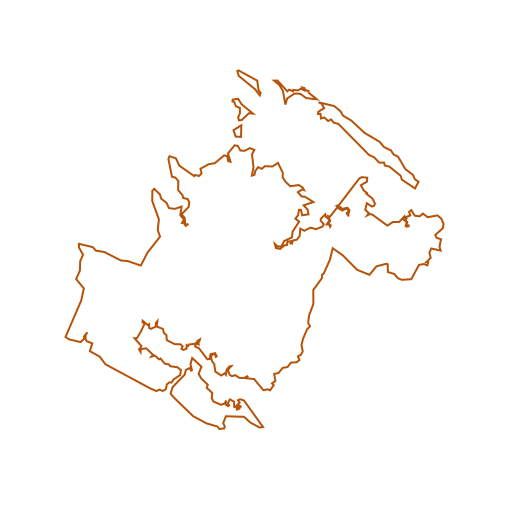 outline of Wete, Kaskazini-Pemba, United Republic of Tanzania, rotated 113°
{"feature_id": "72390352B34611789685005", "entity_name": "Wete", "entity_type": "district", "adm_level": 2, "iso_a3": "TZA", "parent_name": "United Republic of Tanzania", "parent_adm1": "Kaskazini-Pemba", "projection": "orthographic", "projection_center": [39.725, -5.092], "detail": "fine", "context": "isolated", "style": "outline", "palette": "amber", "viewbox_px": 512, "rotation_deg": 113, "n_neighbors": 0, "source": "geoboundaries", "source_scale": "gbopen_adm2", "svg_char_len": 6122}
<svg xmlns="http://www.w3.org/2000/svg" viewBox="0 0 512 512"><g transform="rotate(113 256 256)"><path d="M200.5,102.5L197.8,98.3L197.7,94.6L194.5,95.0L195.1,96.8L189.4,94.5L185.1,97.7L180.6,97.6L178.9,88.2L175.5,90.8L168.3,92.2L168.7,97.0L166.6,99.2L157.2,94.8L153.2,95.9L149.3,99.9L147.7,104.7L153.2,113.2L151.7,118.9L155.5,120.8L156.9,125.6L153.1,131.0L155.7,132.3L158.4,129.8L161.5,133.2L162.7,132.1L164.3,133.0L165.8,129.9L169.6,129.6L168.2,127.5L169.9,126.7L168.7,127.3L170.1,128.6L169.7,130.0L166.2,130.3L164.8,134.2L163.0,132.6L161.4,134.8L168.7,137.5L171.3,143.3L176.7,146.9L172.5,164.8L172.8,167.5L175.2,169.5L172.4,169.0L170.8,173.5L164.1,174.6L165.2,168.6L163.6,166.9L161.3,167.0L157.6,171.2L155.6,178.8L154.6,178.5L153.6,182.5L149.9,187.1L144.1,182.9L140.5,184.2L142.0,189.3L144.2,191.2L176.1,199.4L178.3,201.2L178.2,196.7L179.6,196.0L175.9,190.7L177.4,187.8L180.8,187.4L181.0,188.7L183.3,186.0L181.6,188.8L178.0,188.3L176.7,191.2L180.4,194.2L179.7,200.2L190.9,203.3L191.1,205.1L195.7,200.7L194.9,202.0L198.2,202.6L197.9,201.1L198.7,199.1L200.1,199.2L198.3,200.9L199.3,203.2L194.0,202.3L192.5,207.2L190.6,208.5L196.4,210.9L198.3,210.2L200.3,206.0L203.2,206.4L207.9,211.4L208.6,216.9L213.9,221.4L213.5,225.9L220.6,223.6L225.0,224.8L227.6,228.4L230.3,227.6L230.9,229.2L228.4,229.1L230.5,232.6L233.9,231.8L235.0,233.9L240.1,236.6L240.9,240.8L237.5,243.4L238.7,240.2L237.4,236.4L231.2,235.9L224.8,230.2L219.4,231.8L207.4,229.8L206.3,234.3L202.0,233.2L196.7,234.5L196.0,232.6L200.5,229.4L197.1,224.0L193.2,226.5L190.7,231.9L183.9,224.2L182.3,234.1L183.4,237.3L180.9,242.4L176.6,239.4L176.5,237.6L174.7,239.9L174.0,244.4L178.4,251.8L176.3,257.5L173.2,262.2L169.0,263.8L161.7,272.1L167.2,275.9L169.9,283.0L173.5,284.7L173.4,288.8L178.3,289.9L181.8,289.1L183.6,291.2L175.5,292.9L164.0,299.4L159.0,299.0L159.1,303.8L163.6,307.6L165.0,311.6L161.8,315.8L162.4,318.9L172.6,321.9L179.2,316.3L179.6,318.7L175.3,321.5L175.9,324.7L186.6,330.1L190.0,335.4L197.3,341.2L201.2,338.4L204.5,339.6L205.4,344.0L206.6,344.1L202.8,361.9L197.4,367.9L197.9,374.6L201.0,374.5L215.9,364.3L215.3,361.0L217.3,356.8L225.7,353.5L228.8,347.3L231.0,345.8L230.3,341.0L232.8,338.3L237.2,337.2L246.7,340.9L248.6,336.7L254.8,333.3L253.0,330.7L255.7,332.5L254.0,335.1L254.5,337.0L250.3,336.6L248.1,341.6L239.6,343.8L244.4,349.2L245.9,354.8L242.0,359.2L240.3,365.6L236.8,368.6L233.9,376.0L236.4,376.9L245.9,373.0L260.2,359.7L270.5,356.6L275.7,351.9L295.3,357.2L309.8,358.3L310.8,372.1L312.9,378.5L311.6,397.3L313.6,405.5L311.6,409.7L314.0,423.8L317.5,422.1L322.4,415.7L329.5,415.8L338.2,412.4L347.5,412.6L353.1,401.8L365.2,399.5L404.9,399.7L405.8,395.7L403.8,383.8L398.9,381.8L397.4,382.9L392.1,381.5L395.9,381.9L399.4,380.1L400.6,378.5L400.4,372.5L408.5,371.8L409.7,360.5L414.5,352.4L419.2,301.7L419.2,294.8L416.9,292.9L416.5,288.8L413.9,287.0L409.0,287.9L406.1,286.3L405.5,284.3L401.9,283.7L395.2,279.3L390.3,280.5L389.1,284.9L391.0,291.9L389.8,293.8L390.8,297.8L387.7,303.8L389.0,304.8L387.2,310.1L389.5,313.0L387.1,312.3L383.9,321.0L386.7,325.6L389.5,324.7L387.6,327.2L383.7,326.2L379.2,335.7L378.1,333.5L370.2,332.4L361.5,332.1L361.4,334.5L359.9,335.0L361.9,328.6L360.5,327.7L364.0,326.2L364.1,324.2L360.1,320.7L356.6,322.0L354.5,321.3L359.7,319.9L359.5,313.2L362.8,310.7L363.8,307.6L368.3,305.2L368.9,296.4L366.8,291.0L367.8,288.2L370.5,288.4L370.9,286.3L368.5,283.7L365.2,285.0L365.5,283.4L363.7,283.2L361.0,278.4L361.6,277.2L360.1,277.6L359.0,276.8L359.5,275.1L357.4,276.8L356.0,275.9L356.9,275.2L355.0,275.3L354.7,275.1L356.7,274.8L357.0,275.2L356.3,276.0L357.2,276.5L359.3,274.5L359.8,275.5L359.3,276.7L359.8,277.0L363.1,276.6L363.2,272.4L370.1,260.5L368.9,258.4L364.1,259.5L361.4,255.6L363.8,253.0L364.6,253.6L361.8,255.8L365.4,258.4L369.7,255.8L371.8,252.2L378.3,248.3L379.6,241.3L376.2,239.0L377.1,237.3L372.1,238.6L368.0,237.3L367.0,235.7L371.8,237.4L375.7,233.8L376.0,231.1L373.8,228.6L374.7,223.5L372.9,219.3L369.5,216.6L372.3,217.1L370.0,209.6L376.6,196.9L374.1,192.9L374.2,190.6L368.0,189.2L367.0,191.5L363.5,189.3L357.4,193.2L355.0,189.6L348.5,187.7L345.9,183.6L340.5,182.2L337.9,177.0L334.8,175.4L331.9,178.2L329.3,176.0L325.6,175.7L320.1,179.4L313.3,180.4L303.5,180.3L299.6,178.8L297.1,181.9L290.0,183.9L277.6,184.5L264.9,190.0L250.3,186.6L247.4,187.9L245.7,186.8L230.5,186.5L218.9,188.4L221.5,176.3L229.2,157.5L229.0,144.2L218.5,141.1L212.3,133.1L212.1,131.6L219.2,128.3L218.5,121.6L221.0,116.7L220.9,112.4L216.7,104.0L200.5,102.5ZM411.5,196.2L412.5,185.7L410.7,182.7L393.7,210.6L394.1,214.7L395.9,216.2L397.3,213.8L399.9,214.9L400.5,211.3L401.8,211.5L401.9,213.4L403.4,212.0L404.8,213.4L402.2,215.9L403.4,217.1L398.7,219.2L398.1,224.0L402.4,224.4L404.0,222.4L405.1,222.9L404.6,225.9L400.7,227.1L403.7,227.1L406.6,229.9L406.6,238.2L404.3,241.1L399.1,242.8L396.6,249.8L393.3,250.1L390.3,258.3L386.9,262.8L379.2,263.0L374.8,274.9L381.3,274.0L386.1,270.4L386.9,271.1L385.0,273.2L388.2,276.0L393.2,275.3L409.1,281.5L416.0,280.9L418.2,276.8L428.0,251.3L429.4,236.3L428.1,225.0L429.5,222.0L427.2,218.0L425.1,218.1L422.7,220.9L415.3,221.1L408.7,204.2L411.5,196.2ZM131.7,136.0L124.1,135.4L123.3,139.7L120.0,143.2L117.7,152.4L109.1,164.0L108.8,169.0L106.1,173.0L105.7,180.6L102.6,186.9L100.2,204.3L94.1,221.1L92.8,230.7L89.8,234.7L87.4,242.5L90.1,258.5L90.1,255.0L93.4,251.1L98.9,255.0L101.0,254.4L99.9,252.2L104.0,249.9L101.8,247.2L103.6,242.3L100.9,240.3L102.9,236.5L102.2,231.7L118.8,191.5L119.0,185.8L121.9,179.0L120.0,174.7L122.4,172.8L121.6,168.2L125.6,154.2L128.7,151.6L131.7,136.0ZM91.0,271.4L88.0,261.2L85.1,271.3L83.5,272.2L84.0,275.6L82.5,277.0L82.8,279.2L84.6,276.6L84.6,280.1L87.2,282.2L88.6,286.7L89.9,286.4L90.0,290.5L92.2,291.5L86.1,304.8L87.5,307.9L89.6,301.0L93.6,295.7L105.1,288.1L98.8,288.9L91.4,284.0L89.4,278.8L91.0,271.4ZM102.8,322.1L106.7,315.3L104.1,315.4L102.4,318.4L94.1,323.4L92.0,344.6L93.1,345.5L97.0,342.2L102.8,322.1ZM136.3,322.2L127.3,318.3L126.1,314.4L122.0,328.5L118.3,333.9L121.1,338.5L122.8,338.1L122.8,336.2L126.0,333.0L126.0,328.7L130.7,326.6L135.4,326.6L137.8,324.7L136.3,322.2ZM154.0,321.3L152.2,316.3L141.4,320.6L149.0,325.9L154.0,321.3Z" fill="none" stroke="#b45309" stroke-width="2"/></g></svg>